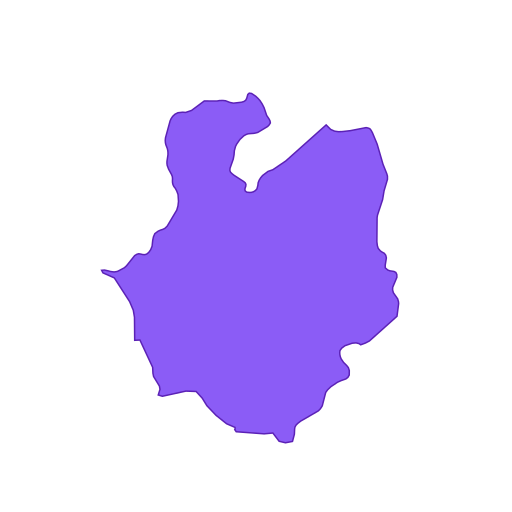 the County of Wicklow, rotated 126°
{"feature_id": "IRL-719", "entity_name": "Wicklow", "entity_type": "County", "adm_level": 1, "iso_a3": "IRL", "parent_name": "Ireland", "parent_adm1": "", "projection": "natural_earth1", "projection_center": [-6.415, 52.953], "detail": "fine", "context": "isolated", "style": "filled", "palette": "violet", "viewbox_px": 512, "rotation_deg": 126, "n_neighbors": 0, "source": "natural_earth", "source_scale": "10m", "svg_char_len": 2972}
<svg xmlns="http://www.w3.org/2000/svg" viewBox="0 0 512 512"><g transform="rotate(126 256 256)"><path d="M384.6,117.5L389.8,122.4L392.3,128.4L389.3,138.3L395.1,144.9L409.8,168.7L409.1,170.8L408.9,171.2L408.4,171.1L407.0,172.2L409.0,181.2L408.4,194.6L406.0,207.7L402.6,216.0L400.8,224.8L406.5,233.3L424.5,249.3L425.9,253.4L420.3,255.3L418.0,257.7L413.7,268.0L411.5,270.4L406.8,274.2L392.2,300.5L395.5,304.6L377.0,318.3L372.0,323.4L367.2,331.4L357.0,357.7L359.6,369.9L358.3,372.5L356.4,370.3L354.8,366.6L354.1,364.7L352.3,361.4L351.1,360.2L350.2,359.3L349.1,358.6L342.9,355.6L340.0,355.0L327.0,354.4L324.6,353.4L323.1,352.2L322.2,350.4L321.4,348.5L320.3,346.8L318.8,345.6L316.2,344.9L312.9,344.9L309.2,345.8L304.0,348.8L300.6,350.3L297.3,351.0L293.5,349.8L291.2,348.5L289.3,347.1L287.3,346.0L284.1,345.4L265.4,347.1L261.3,348.6L257.4,350.8L252.1,355.2L250.1,358.2L248.7,361.0L248.1,363.2L247.1,365.1L245.8,366.6L244.3,367.8L242.5,369.0L241.0,370.3L239.8,372.1L237.1,377.8L234.9,381.1L233.4,382.5L231.7,383.7L225.9,386.7L224.1,388.0L222.6,389.3L221.2,390.9L219.0,394.3L217.7,395.8L215.8,397.4L213.6,398.7L197.2,404.9L194.8,405.4L192.0,405.5L188.9,404.9L186.0,403.4L182.8,399.9L181.2,397.3L176.1,393.7L161.0,389.0L153.5,378.6L151.7,376.9L149.7,374.3L148.3,371.9L147.1,367.4L145.6,364.1L140.1,358.1L138.1,356.6L136.1,355.9L133.9,356.2L130.1,357.6L128.2,357.2L127.1,355.1L126.9,350.2L127.3,347.1L127.9,344.2L129.4,340.3L131.3,336.6L136.0,330.0L137.5,325.9L138.5,324.0L139.9,322.6L142.2,322.4L144.4,322.7L155.0,327.2L156.6,328.5L158.1,329.9L160.7,333.0L162.0,334.4L163.7,335.5L165.9,336.5L171.1,337.5L176.8,337.4L179.3,337.0L183.5,335.4L187.1,333.2L191.1,331.3L200.2,328.6L202.1,327.5L203.2,325.8L203.5,323.6L203.6,321.3L203.0,310.0L203.1,307.9L203.9,306.3L205.5,305.3L207.4,304.7L208.6,304.2L209.7,303.0L209.8,301.0L208.4,298.6L207.2,297.1L205.5,295.8L203.5,295.0L201.2,294.7L197.8,296.0L195.5,297.3L192.8,298.0L190.0,298.2L187.0,298.0L180.5,296.0L176.3,293.1L161.7,287.8L108.7,276.3L109.7,270.0L108.8,265.8L107.0,262.4L104.6,259.3L99.2,253.4L87.4,242.4L86.6,240.6L86.1,238.8L86.6,236.9L87.8,234.3L94.3,223.7L107.1,207.2L112.6,198.5L114.1,196.6L116.7,194.7L128.0,190.7L136.0,186.7L151.6,181.7L153.9,180.5L173.4,166.6L176.3,163.9L178.0,161.6L178.8,158.3L178.7,156.1L178.4,153.8L179.1,151.5L180.9,149.4L187.4,146.1L189.6,144.5L189.9,141.2L189.3,139.0L187.4,135.3L187.1,133.2L188.2,131.2L190.4,129.5L201.0,127.0L203.2,125.5L205.0,123.2L207.4,116.2L209.3,113.8L210.7,112.6L221.9,106.5L258.1,114.3L262.1,116.3L266.3,119.1L266.3,121.1L267.5,124.0L270.0,126.9L276.3,131.3L280.2,132.5L283.2,132.5L284.9,131.5L286.5,130.2L287.9,128.6L289.1,126.8L290.6,122.7L291.3,118.2L292.0,115.7L293.8,113.2L297.5,110.6L300.2,110.3L302.6,111.0L306.8,113.9L310.3,115.9L317.7,118.6L322.1,119.4L325.4,119.4L338.3,114.3L341.7,114.1L344.6,114.5L363.3,122.8L366.8,123.8L369.3,124.2L371.6,123.9L373.2,123.1L377.6,120.2L384.5,117.5L384.6,117.5Z" fill="#8b5cf6" stroke="#5b21b6" stroke-width="1.5"/></g></svg>